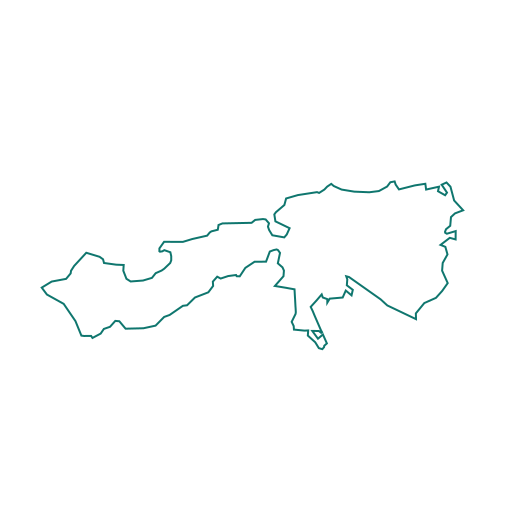 the district of Charleston, South Carolina, United States of America, rotated 201°
{"feature_id": "52423323B18388852349045", "entity_name": "Charleston", "entity_type": "district", "adm_level": 2, "iso_a3": "USA", "parent_name": "United States of America", "parent_adm1": "South Carolina", "projection": "robinson", "projection_center": [-79.938, 32.854], "detail": "fine", "context": "isolated", "style": "outline", "palette": "teal", "viewbox_px": 512, "rotation_deg": 201, "n_neighbors": 0, "source": "geoboundaries", "source_scale": "gbopen_adm2", "svg_char_len": 2625}
<svg xmlns="http://www.w3.org/2000/svg" viewBox="0 0 512 512"><g transform="rotate(201 256 256)"><path d="M84.0,254.4L86.2,259.7L82.0,272.4L73.0,281.4L69.7,290.0L67.3,299.4L77.0,309.0L79.2,316.4L77.8,326.1L82.5,332.4L87.7,332.5L81.6,342.4L75.6,343.0L78.5,350.8L85.8,345.2L87.7,345.5L88.2,346.3L88.2,349.1L85.5,353.8L87.9,362.2L85.5,367.1L79.0,372.9L90.9,378.8L99.3,390.4L104.5,392.9L108.2,389.1L100.4,383.6L101.2,380.5L109.3,381.7L110.0,386.3L121.0,379.0L123.8,384.1L132.2,379.3L133.2,378.7L146.4,369.4L150.3,372.1L151.2,372.7L153.3,375.3L157.0,373.0L158.5,367.8L164.5,360.7L173.1,356.1L187.3,351.3L199.9,348.7L208.5,349.2L211.6,350.3L214.4,346.3L216.0,342.5L219.7,337.5L221.9,337.5L238.7,327.9L248.5,320.5L247.8,313.8L253.1,304.0L253.8,301.4L250.3,295.3L244.2,294.8L234.6,294.0L234.8,290.7L235.0,287.1L236.3,283.5L248.2,281.2L250.4,282.9L253.0,284.9L255.3,287.6L255.4,288.2L255.6,291.2L260.1,293.6L262.7,293.0L269.7,289.4L272.0,285.4L299.0,274.4L302.1,271.5L301.5,268.9L301.1,266.8L306.5,263.0L307.6,261.4L308.9,257.5L321.6,249.0L329.3,243.0L346.9,236.3L348.9,228.5L347.9,225.8L347.2,225.6L345.1,226.8L343.7,228.6L337.3,228.8L335.1,225.5L333.6,221.6L333.6,218.7L337.1,211.3L338.9,208.6L343.5,204.0L345.3,198.3L352.7,192.6L363.9,187.3L368.8,188.3L374.6,194.7L376.3,200.2L383.4,197.8L395.4,195.0L397.6,198.1L401.7,199.2L415.6,198.2L422.2,181.6L423.4,175.9L422.8,173.3L425.1,166.6L437.3,159.1L437.6,158.9L444.7,149.7L437.4,145.1L418.4,142.4L401.2,130.5L390.5,119.1L387.9,119.7L381.3,122.3L379.3,120.9L373.2,127.9L371.9,133.4L366.9,137.6L364.1,145.0L360.2,146.1L351.7,141.4L335.2,148.2L324.8,155.0L319.9,166.2L315.5,170.0L306.4,183.3L302.7,185.3L298.1,195.4L287.5,205.0L285.3,212.7L287.1,216.6L284.8,222.8L280.9,222.3L274.8,227.3L267.8,231.1L266.8,230.2L263.9,231.2L261.7,241.1L255.3,250.1L244.6,254.3L244.7,265.1L241.7,267.8L239.1,269.5L237.6,269.4L234.7,267.5L233.0,257.0L227.2,254.9L224.7,252.4L223.1,247.0L227.6,234.8L216.4,237.1L213.7,237.6L208.1,238.7L206.4,234.9L204.5,230.7L204.4,230.5L201.1,223.1L200.2,221.2L198.7,217.8L198.3,216.1L199.1,207.3L195.7,204.1L194.2,200.9L184.0,203.7L180.6,205.2L179.1,200.3L169.8,196.7L164.3,192.5L160.7,192.8L159.8,195.3L160.1,196.7L158.5,199.8L160.9,202.2L165.4,206.7L168.5,201.0L176.6,206.2L170.5,208.5L167.8,207.7L167.7,208.1L167.4,207.9L167.0,208.5L168.7,209.9L179.8,221.2L183.4,225.0L184.7,226.2L186.7,228.1L183.4,236.6L180.9,243.7L178.8,241.2L174.0,241.3L172.7,238.0L171.9,242.6L160.2,248.3L159.8,255.9L152.7,253.5L153.5,259.1L160.7,261.2L162.4,266.9L164.5,269.4L161.6,269.7L124.1,260.2L118.8,258.1L115.7,256.9L84.0,254.4Z" fill="none" stroke="#0f766e" stroke-width="2"/></g></svg>